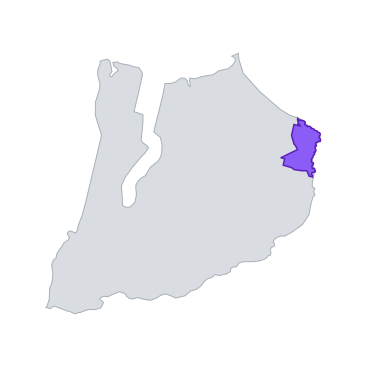 Dagana, Saint-Louis, Senegal shown in context, rotated 103°
{"feature_id": "50182788B94177495754038", "entity_name": "Dagana", "entity_type": "district", "adm_level": 2, "iso_a3": "SEN", "parent_name": "Senegal", "parent_adm1": "Saint-Louis", "projection": "natural_earth1", "projection_center": [-16.074, 16.26], "detail": "fine", "context": "in_parent", "style": "filled", "palette": "violet", "viewbox_px": 384, "rotation_deg": 103, "n_neighbors": 0, "source": "geoboundaries", "source_scale": "gbopen_adm2", "svg_char_len": 7249}
<svg xmlns="http://www.w3.org/2000/svg" viewBox="0 0 384 384"><g transform="rotate(103 192 192)"><path d="M294.5,175.1L299.0,184.0L298.1,188.3L297.1,194.5L299.6,199.1L302.6,202.0L304.7,204.7L307.0,208.5L307.4,215.9L307.1,221.3L308.6,223.7L309.9,226.8L309.6,229.4L308.8,231.6L306.0,234.6L305.5,240.2L310.1,247.0L313.1,250.6L313.1,252.8L313.9,255.1L316.1,257.8L317.5,257.1L318.9,254.9L319.6,253.4L323.5,254.1L325.4,254.8L328.0,259.2L328.9,262.1L329.6,265.8L332.2,270.4L334.5,273.7L335.0,275.7L337.1,278.4L335.9,284.5L336.0,287.6L334.7,295.8L334.4,299.7L334.5,301.1L337.6,304.0L337.3,308.2L334.1,307.4L328.6,307.0L317.5,309.1L313.7,308.2L306.4,308.5L301.2,309.7L294.6,312.4L289.5,311.7L286.7,309.6L283.1,309.8L279.0,308.6L274.6,306.6L270.6,305.5L266.3,301.8L264.3,301.1L262.9,302.1L261.7,303.3L260.4,304.1L258.1,303.4L257.2,300.9L257.9,298.4L258.1,296.5L257.0,295.5L254.4,295.2L250.2,295.2L243.3,294.4L241.8,293.9L226.4,293.3L210.5,293.2L197.1,293.1L180.1,293.0L168.1,293.0L157.0,292.9L148.4,298.0L139.1,303.4L126.5,306.3L112.1,305.2L107.5,306.0L102.7,308.4L99.2,310.2L94.2,311.3L87.8,310.4L85.2,310.9L83.6,308.4L81.7,304.4L82.9,301.5L86.8,299.6L92.7,297.1L95.8,298.4L97.6,298.4L97.9,296.8L97.4,296.0L92.9,293.8L90.6,291.0L88.7,292.6L87.1,296.1L85.7,297.2L83.7,298.2L82.6,295.8L82.1,293.5L83.0,291.7L82.5,281.7L83.1,276.3L82.8,271.7L85.6,268.6L88.2,266.7L98.5,266.5L108.1,266.4L117.4,266.5L126.8,266.6L127.7,257.2L130.7,256.5L135.1,255.5L143.4,254.4L152.7,253.3L154.7,251.5L156.2,248.4L157.2,245.6L159.1,244.4L161.7,245.4L165.1,246.8L168.6,249.1L172.6,251.2L175.3,252.5L181.7,255.8L192.8,260.4L201.9,262.2L212.8,258.8L220.8,256.7L221.7,252.7L220.5,248.8L214.6,245.2L206.6,245.6L204.1,246.5L200.4,247.7L198.1,248.2L194.3,247.4L189.5,244.3L186.5,241.1L182.3,239.7L177.3,238.2L169.2,231.8L165.0,230.6L161.1,230.3L153.5,231.6L146.0,235.0L142.1,242.8L134.7,242.7L118.8,242.4L104.3,242.2L92.3,242.7L91.1,237.1L88.3,232.6L83.7,228.7L82.7,225.2L84.2,222.1L88.7,219.5L89.7,217.7L87.4,217.9L83.8,219.6L81.5,219.7L81.2,214.7L77.3,208.4L72.9,197.6L67.9,193.2L63.7,184.5L59.4,181.1L55.4,179.5L51.9,179.9L50.7,183.8L46.4,178.1L52.2,176.1L64.7,168.9L79.1,148.3L92.0,123.9L93.7,118.2L95.2,113.8L96.3,103.8L98.1,97.9L99.8,96.8L102.0,92.2L104.7,84.2L107.6,79.8L111.0,78.9L113.6,79.3L115.4,80.9L120.8,82.0L129.8,82.3L136.8,81.2L141.7,78.4L148.1,77.0L156.1,76.9L160.3,75.8L160.7,73.5L161.7,72.8L163.4,73.7L165.0,73.4L166.4,71.7L167.9,71.6L169.3,73.0L176.0,73.4L187.9,72.9L199.0,77.1L209.1,86.0L214.3,92.0L214.6,95.0L216.3,98.0L219.4,101.0L222.1,101.6L224.6,99.7L226.6,99.9L228.0,102.2L230.9,102.7L234.1,101.2L236.4,101.7L236.8,103.1L237.3,103.8L238.9,104.2L241.0,105.9L243.9,110.7L246.3,117.3L248.2,125.8L250.7,130.4L253.7,131.2L255.4,132.9L255.8,134.9L256.7,136.3L258.1,137.1L260.7,136.6L263.7,139.5L266.9,145.7L267.5,148.5L267.0,150.0L267.2,151.1L269.3,152.2L271.3,154.2L273.0,157.3L276.6,160.0L282.1,162.4L286.0,166.0L288.5,170.7L293.5,174.7L294.5,175.1Z" fill="#d9dde1" stroke="#a8b0b8" stroke-width="1"/><path d="M150.3,78.1L150.1,78.2L149.8,78.3L149.4,78.2L149.1,78.2L148.9,78.2L148.5,78.7L148.3,79.0L147.7,79.4L147.3,79.5L147.2,79.5L146.8,79.5L146.6,79.5L146.5,79.4L146.4,79.3L146.0,79.2L145.9,79.1L145.8,78.9L145.7,78.8L145.6,78.6L145.6,78.1L145.5,77.8L145.4,77.4L145.0,76.9L144.9,76.7L144.6,76.5L144.4,76.4L144.2,76.4L143.9,76.4L143.8,76.5L143.7,76.5L143.3,77.1L142.2,77.5L141.9,77.7L141.7,77.9L141.7,78.0L141.5,78.5L141.5,79.0L141.7,79.3L142.0,79.7L142.0,79.9L142.0,80.0L141.9,80.2L141.7,80.3L141.2,80.4L141.1,80.5L140.7,80.6L140.4,80.7L140.3,80.8L140.2,80.8L139.9,80.9L139.7,80.9L139.4,80.8L139.0,80.8L138.8,80.7L138.4,80.4L138.2,80.3L138.0,80.2L137.9,80.0L137.7,80.0L137.3,80.1L136.8,80.1L136.5,80.2L136.3,80.4L136.2,80.5L136.2,80.8L136.3,80.9L136.5,81.4L136.5,81.6L136.4,81.7L136.4,81.8L136.3,82.0L136.0,82.2L135.9,82.3L135.6,82.4L135.1,82.5L134.5,82.6L133.7,82.7L133.4,82.7L133.2,82.9L133.1,83.0L132.9,83.1L132.7,83.0L132.2,82.6L131.9,82.4L131.5,82.2L131.3,82.1L130.6,82.1L130.0,82.1L129.7,82.0L129.2,81.8L128.9,81.8L128.4,81.4L128.0,81.2L127.9,81.1L127.5,81.1L127.3,81.2L126.9,81.3L126.7,81.3L125.9,82.0L125.6,82.0L125.5,81.8L125.5,81.3L125.4,81.0L125.4,80.9L125.2,80.9L124.8,80.7L124.4,80.7L124.0,80.6L123.3,80.8L123.0,80.8L122.9,80.8L122.5,81.2L122.2,81.3L121.9,81.5L121.7,81.8L121.4,82.1L121.0,82.3L120.8,82.4L120.6,82.4L120.3,82.4L120.2,82.3L120.2,82.1L119.8,81.8L119.8,81.7L119.6,81.7L119.3,81.4L119.2,81.5L119.1,81.3L118.9,81.3L118.8,81.2L118.6,81.3L118.1,81.8L117.6,82.3L117.4,82.5L117.2,82.6L116.9,82.7L116.7,82.7L116.4,82.6L116.2,82.4L116.0,81.9L115.7,81.6L115.5,81.3L115.3,81.0L115.1,80.8L114.9,80.7L114.5,80.5L114.3,80.3L114.2,80.3L114.2,80.2L114.1,79.9L114.2,79.6L114.3,79.6L114.3,79.4L114.2,79.3L114.2,78.9L113.8,78.4L113.7,78.4L113.2,78.4L112.7,78.5L112.2,78.6L111.7,78.8L111.5,79.0L111.2,79.4L111.1,79.6L110.9,79.9L110.7,80.1L110.3,80.1L110.2,80.2L110.1,80.4L110.0,80.5L109.9,80.5L109.5,80.5L109.3,80.6L109.1,80.6L108.8,80.6L108.5,80.5L108.1,80.2L107.4,79.9L107.2,80.0L106.9,80.1L106.7,80.1L106.3,80.3L106.0,80.5L105.8,80.7L105.7,80.8L105.5,81.2L105.5,81.3L105.5,81.6L105.6,82.2L105.6,82.4L105.5,82.6L105.4,82.8L105.3,83.0L105.1,83.0L104.8,83.2L104.7,83.2L104.7,83.4L104.6,83.6L104.5,84.0L104.4,85.0L104.4,85.4L104.4,85.9L104.4,86.2L104.4,86.4L104.3,86.5L104.2,86.7L103.7,86.7L103.6,86.8L103.5,87.0L103.3,87.2L103.2,87.6L103.2,88.0L103.2,88.6L103.3,89.2L103.3,89.6L103.3,89.9L103.2,90.1L103.0,90.3L102.9,90.4L102.8,90.6L102.5,90.8L102.4,90.7L102.4,90.8L102.2,90.9L102.2,91.0L102.0,91.3L101.9,91.4L101.8,91.6L101.7,91.8L101.7,92.0L101.6,92.3L101.6,92.7L101.6,92.9L101.7,93.0L101.8,93.2L101.9,93.3L102.0,93.5L102.3,94.1L102.2,94.3L102.2,94.5L101.7,94.8L101.7,95.0L101.5,95.3L101.5,95.5L101.4,96.1L101.3,96.4L101.2,96.6L100.9,97.1L100.6,97.4L100.4,97.5L100.2,97.5L99.9,97.5L99.8,97.4L99.7,97.3L99.6,97.2L99.4,97.2L99.2,97.2L99.0,97.3L98.9,97.3L98.7,97.3L98.6,97.5L98.4,97.6L98.2,97.8L98.0,98.0L97.9,98.3L97.8,98.5L97.7,98.6L97.7,98.8L97.5,99.0L97.5,99.3L97.5,99.5L97.5,99.8L97.4,100.1L97.5,100.2L97.5,100.4L97.6,100.7L97.6,100.8L97.5,101.0L97.5,101.6L97.6,101.8L97.5,102.4L97.5,102.5L97.4,102.7L97.5,102.8L97.7,103.0L97.8,103.0L98.0,103.1L98.1,103.3L98.1,103.5L97.9,103.6L97.7,103.8L97.5,104.0L97.4,104.2L97.3,104.5L97.2,104.6L96.9,104.8L96.8,105.0L96.6,105.4L96.5,105.5L97.0,105.5L97.3,105.5L97.7,105.5L97.8,105.4L98.0,105.1L98.3,105.0L98.6,105.1L98.8,104.9L99.0,104.8L99.3,104.8L99.5,104.7L99.7,104.4L100.2,104.0L100.4,103.8L100.6,103.8L101.0,103.8L101.3,103.6L101.5,103.4L101.8,103.4L101.8,103.6L101.7,103.7L101.8,103.9L101.7,104.2L101.9,104.2L102.0,104.2L102.3,103.8L102.4,103.6L102.5,103.2L102.6,102.5L102.6,102.1L102.8,101.9L103.3,101.4L103.3,102.5L103.3,105.7L103.3,107.0L103.3,107.8L103.7,107.8L105.3,107.8L106.8,107.8L114.5,107.7L114.9,107.4L116.3,106.8L118.9,105.3L119.0,105.2L119.8,104.8L120.7,104.2L121.5,103.9L122.3,103.5L122.7,102.7L124.9,100.4L125.9,99.6L126.8,99.0L127.0,98.8L134.8,108.5L135.5,109.2L136.1,110.0L136.9,110.9L137.7,112.0L138.6,113.1L138.7,113.3L138.7,111.6L138.7,111.1L138.7,110.8L138.7,110.6L138.7,109.2L145.4,109.2L145.9,100.3L147.2,97.5L146.6,90.4L146.6,89.8L146.4,89.1L145.8,86.7L145.5,85.0L147.8,83.2L150.3,81.4L150.2,80.4L150.2,79.2L150.3,78.1Z" fill="#8b5cf6" stroke="#5b21b6" stroke-width="1.5"/></g></svg>